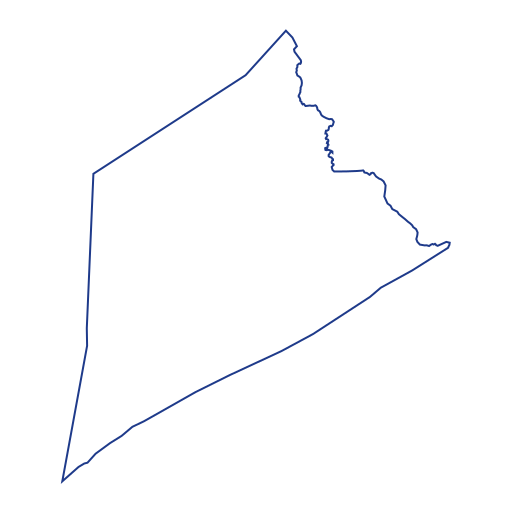 the district of Matagorda, Texas, United States of America
{"feature_id": "52423323B77931792505034", "entity_name": "Matagorda", "entity_type": "district", "adm_level": 2, "iso_a3": "USA", "parent_name": "United States of America", "parent_adm1": "Texas", "projection": "natural_earth1", "projection_center": [-95.78, 28.81], "detail": "fine", "context": "isolated", "style": "outline", "palette": "blue", "viewbox_px": 512, "rotation_deg": 0, "n_neighbors": 0, "source": "geoboundaries", "source_scale": "gbopen_adm2", "svg_char_len": 2615}
<svg xmlns="http://www.w3.org/2000/svg" viewBox="0 0 512 512"><path d="M86.8,328.2L87.1,345.8L62.3,481.3L78.6,466.9L84.3,463.5L87.5,462.7L95.6,453.7L110.2,443.0L121.6,435.9L132.4,426.8L143.9,421.3L195.5,392.1L229.7,375.1L281.4,351.1L313.1,334.0L370.0,296.9L380.8,287.7L412.1,270.5L448.2,247.7L448.4,246.8L449.4,244.9L449.7,242.7L446.3,241.9L437.7,245.8L436.2,245.2L435.6,244.3L435.0,243.8L434.4,244.2L433.6,244.5L432.6,244.0L431.2,244.5L429.1,246.0L426.7,245.3L424.6,245.4L422.3,245.0L419.9,244.6L417.4,241.9L416.3,239.1L417.1,236.1L417.4,234.5L417.6,232.5L416.1,229.2L413.2,227.1L412.2,225.3L410.2,223.4L407.9,221.7L405.0,219.1L402.2,216.9L398.9,214.2L397.3,211.7L395.2,210.6L392.3,209.1L390.5,205.7L387.5,203.5L384.3,196.5L385.2,190.3L385.6,185.4L383.6,181.4L381.3,179.5L379.1,178.6L376.1,176.5L374.7,174.6L373.7,173.1L372.5,172.7L371.0,173.2L370.5,174.3L369.4,174.8L368.8,174.2L367.5,173.4L366.8,172.9L365.2,172.7L364.3,172.4L363.9,171.2L363.1,170.4L362.1,170.6L361.1,170.7L357.0,171.0L351.7,171.2L346.4,171.4L334.2,171.5L332.5,169.9L331.7,167.0L333.0,165.5L333.5,165.2L333.6,164.3L332.6,163.7L331.8,163.0L331.7,162.0L332.0,161.0L332.3,160.3L332.4,160.5L333.0,160.3L333.0,159.2L332.3,158.7L331.5,157.5L329.9,157.1L328.7,156.3L328.6,155.0L330.1,152.8L330.7,151.7L331.5,151.8L332.4,152.6L332.4,151.5L331.2,150.8L328.9,150.0L327.7,149.8L326.8,150.2L325.5,150.0L325.2,148.9L325.2,148.1L326.0,147.8L326.0,148.0L326.3,148.5L327.0,148.4L327.6,146.9L327.8,144.9L328.4,144.7L327.8,143.5L326.9,143.1L327.2,142.1L328.0,142.0L328.4,140.9L328.1,139.7L326.6,139.0L326.1,139.1L325.7,138.2L326.1,137.6L326.9,136.6L327.4,135.4L327.1,135.0L326.5,133.6L325.4,133.5L325.6,132.3L325.7,131.6L326.0,130.7L327.0,130.7L328.3,130.0L328.8,128.9L328.8,127.8L329.2,126.5L330.7,125.8L331.7,126.2L332.9,124.9L333.3,123.3L333.8,121.9L333.2,120.8L332.0,119.2L330.8,119.0L329.2,119.2L326.4,118.2L323.7,116.8L322.3,115.9L321.4,115.0L320.8,113.8L320.2,112.2L319.3,111.0L318.0,110.3L317.4,109.2L317.1,107.4L316.1,105.8L315.3,105.3L313.7,105.8L311.4,105.8L309.9,105.5L306.8,105.9L305.5,106.0L304.6,105.0L304.1,104.1L303.2,103.8L302.6,104.3L301.7,103.2L301.4,101.7L300.5,101.2L300.1,100.2L300.3,99.5L299.4,97.2L298.7,96.7L298.7,95.6L299.4,94.3L300.0,92.8L300.4,92.0L300.3,90.9L300.6,89.4L300.6,87.5L301.6,85.3L301.9,82.9L301.6,80.5L300.9,78.8L300.3,77.5L299.2,76.6L297.4,75.5L296.8,73.7L296.2,72.2L296.8,70.6L296.5,68.7L297.4,67.0L297.3,65.2L297.9,64.6L299.3,63.5L300.4,63.8L300.9,62.9L301.1,61.7L300.8,60.2L294.5,51.7L294.0,49.3L296.9,46.2L292.4,37.5L285.9,30.7L245.6,75.2L93.4,173.8L86.8,328.2Z" fill="none" stroke="#1e3a8a" stroke-width="2"/></svg>